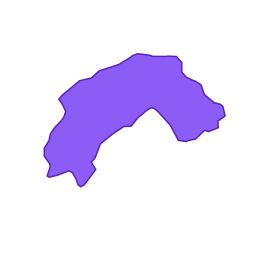 outline of Boyo, Nord-Ouest, Cameroon, rotated 216°
{"feature_id": "32672807B40523536040617", "entity_name": "Boyo", "entity_type": "district", "adm_level": 2, "iso_a3": "CMR", "parent_name": "Cameroon", "parent_adm1": "Nord-Ouest", "projection": "mercator", "projection_center": [10.331, 6.408], "detail": "fine", "context": "isolated", "style": "filled", "palette": "violet", "viewbox_px": 256, "rotation_deg": 216, "n_neighbors": 0, "source": "geoboundaries", "source_scale": "gbopen_adm2", "svg_char_len": 1040}
<svg xmlns="http://www.w3.org/2000/svg" viewBox="0 0 256 256"><g transform="rotate(216 128 128)"><path d="M153.5,199.5L159.6,196.1L163.9,193.7L166.9,189.2L167.6,186.4L172.9,173.7L184.9,157.4L187.0,146.9L194.9,137.8L200.5,116.0L200.9,110.7L195.4,108.8L188.1,104.8L186.3,98.9L186.3,93.8L187.5,85.7L187.2,77.2L184.5,71.5L183.8,62.4L179.2,56.0L170.4,53.1L168.3,51.3L165.2,41.7L162.9,41.8L157.5,48.1L150.7,58.5L146.8,59.3L140.2,56.2L135.1,52.7L131.6,52.7L130.0,56.2L129.7,75.5L137.6,78.8L137.1,84.7L141.0,98.8L140.7,100.1L137.1,113.5L132.3,126.7L126.5,131.5L126.0,142.3L122.9,154.3L121.1,157.9L118.2,159.3L113.4,158.9L95.4,155.1L79.9,147.6L72.6,151.5L72.2,152.9L66.8,158.9L64.7,171.0L60.7,172.6L55.1,181.3L59.4,186.3L58.1,190.1L56.5,194.7L61.8,199.4L64.0,201.2L67.2,201.4L72.2,199.6L73.4,198.5L75.1,199.4L79.5,199.5L85.7,199.9L88.5,201.7L94.0,205.8L100.4,205.5L105.4,204.3L110.9,203.4L117.3,204.9L122.9,212.5L130.8,214.3L133.7,212.4L137.8,209.7L139.6,208.0L150.0,200.5L153.5,199.5Z" fill="#8b5cf6" stroke="#5b21b6" stroke-width="1.5"/></g></svg>